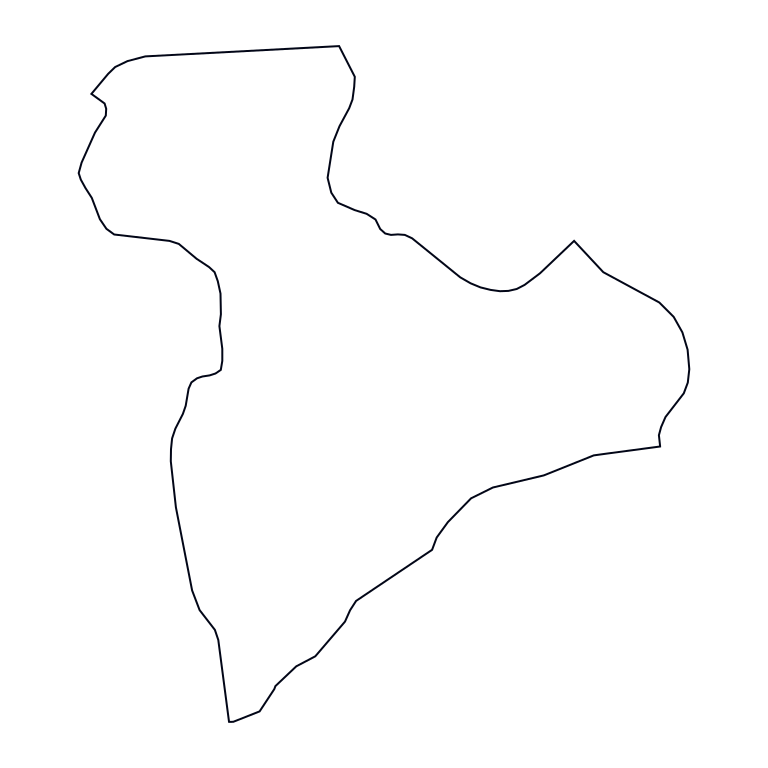 map outline of Giurgiu (Natural Earth projection)
{"feature_id": "ROU-131", "entity_name": "Giurgiu", "entity_type": "County", "adm_level": 1, "iso_a3": "ROU", "parent_name": "Romania", "parent_adm1": "", "projection": "natural_earth1", "projection_center": [25.897, 44.142], "detail": "fine", "context": "isolated", "style": "outline", "palette": "ink", "viewbox_px": 768, "rotation_deg": 0, "n_neighbors": 0, "source": "natural_earth", "source_scale": "10m", "svg_char_len": 1406}
<svg xmlns="http://www.w3.org/2000/svg" viewBox="0 0 768 768"><path d="M607.5,453.5L593.7,455.4L543.8,475.4L492.9,487.5L471.1,498.3L447.9,522.1L436.7,537.5L432.1,549.8L356.1,600.9L350.1,610.2L345.0,621.6L315.3,656.3L296.3,666.3L275.4,686.1L274.3,689.1L259.6,711.4L233.3,721.8L229.1,721.9L229.0,721.6L218.3,640.0L214.9,629.9L199.6,610.1L192.1,590.4L175.9,507.3L170.8,461.3L171.0,449.2L172.1,438.4L175.4,428.6L182.9,413.9L185.7,405.8L188.6,388.7L191.4,382.4L197.0,378.3L202.4,376.5L209.6,375.4L215.5,373.5L220.8,369.9L222.3,360.9L222.3,348.8L219.4,326.1L220.9,314.3L220.5,293.6L217.8,281.2L214.6,272.2L209.1,267.1L196.6,258.8L178.8,243.9L169.5,240.9L114.2,234.5L106.4,228.8L99.9,219.2L91.8,197.9L85.5,188.1L80.8,179.6L78.7,173.1L81.6,162.6L95.0,132.6L105.8,115.6L106.2,108.8L104.6,103.5L91.4,93.9L108.2,73.8L115.2,67.0L127.5,61.1L145.3,56.4L339.1,46.1L354.8,76.8L354.2,86.8L352.5,99.5L349.2,108.2L339.5,126.2L333.3,141.7L327.6,177.8L331.3,192.7L337.9,202.8L354.7,210.1L366.6,213.8L375.5,219.5L380.2,229.0L385.2,233.5L391.0,234.9L397.9,234.4L404.8,234.9L412.1,238.3L460.2,277.3L470.6,283.3L480.5,287.4L490.6,289.9L500.0,291.2L508.4,290.9L516.7,289.0L524.6,284.9L540.0,273.3L574.1,240.9L603.3,272.2L659.3,302.5L673.7,316.9L682.4,332.4L687.6,349.7L689.3,369.2L687.8,382.6L683.8,393.3L665.5,417.0L661.1,427.1L658.9,435.2L660.1,446.1L660.1,446.5L607.5,453.5Z" fill="none" stroke="#020617" stroke-width="2"/></svg>